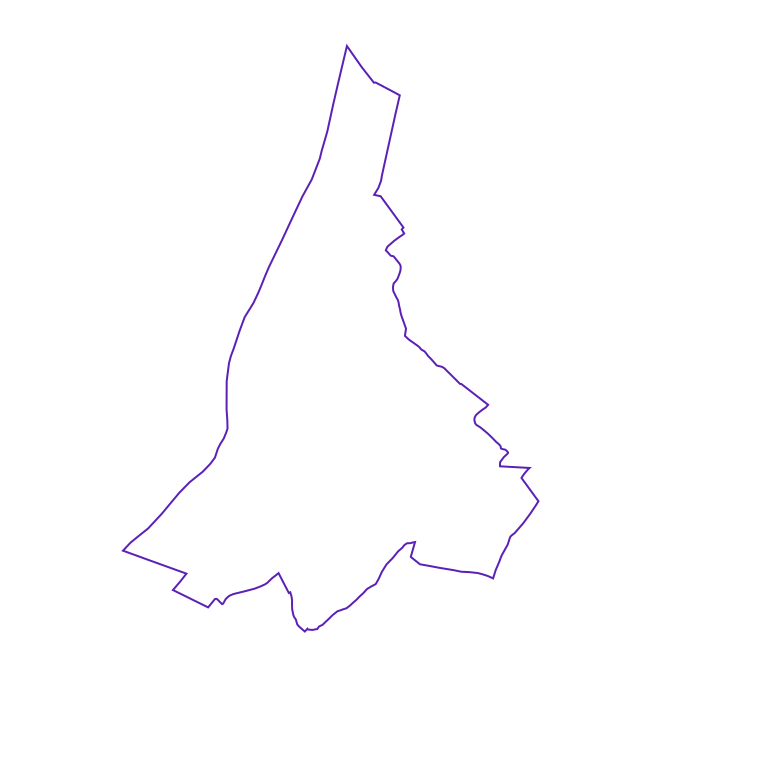 Santa Apolonia Teacalco, Tlaxcala, Mexico, rotated 208°
{"feature_id": "50627088B24187550597040", "entity_name": "Santa Apolonia Teacalco", "entity_type": "district", "adm_level": 2, "iso_a3": "MEX", "parent_name": "Mexico", "parent_adm1": "Tlaxcala", "projection": "robinson", "projection_center": [-98.317, 19.242], "detail": "fine", "context": "isolated", "style": "outline", "palette": "violet", "viewbox_px": 768, "rotation_deg": 208, "n_neighbors": 0, "source": "geoboundaries", "source_scale": "gbopen_adm2", "svg_char_len": 3238}
<svg xmlns="http://www.w3.org/2000/svg" viewBox="0 0 768 768"><g transform="rotate(208 384 384)"><path d="M575.4,665.0L565.7,627.9L564.9,624.9L559.9,606.3L552.6,580.3L548.4,560.3L546.5,552.9L543.8,530.6L544.1,511.3L542.8,485.1L541.6,462.9L540.5,433.0L540.3,431.0L539.7,423.7L538.5,413.0L537.8,404.9L537.3,394.1L538.0,383.6L538.4,377.6L536.5,363.4L533.4,345.1L532.3,336.8L530.6,329.5L524.3,312.8L511.1,287.7L505.3,278.4L501.2,271.1L500.5,266.8L499.9,260.6L500.4,254.0L500.3,248.9L499.3,242.9L498.7,239.7L499.9,231.9L502.8,221.6L509.5,206.1L513.6,192.2L516.8,177.1L519.3,165.0L524.5,145.6L529.7,133.6L533.3,125.0L536.2,114.3L509.1,118.1L469.4,123.8L471.2,113.9L473.6,103.0L434.4,104.2L432.3,114.8L431.2,115.6L430.3,115.7L423.6,113.6L422.9,114.6L422.9,116.0L422.8,119.6L422.0,122.4L421.0,124.6L418.3,127.9L410.1,135.2L402.3,142.4L397.9,147.4L395.1,151.1L393.8,153.4L392.8,156.4L391.7,159.9L390.0,163.6L388.3,167.5L369.9,154.8L369.0,156.1L366.1,153.2L363.7,150.0L362.1,146.9L360.4,143.9L359.4,142.1L355.7,137.6L354.4,136.4L352.5,135.3L351.3,134.7L347.7,131.0L345.4,130.1L341.9,129.2L337.7,128.3L336.7,131.8L336.2,131.4L331.6,133.3L328.7,135.8L327.9,136.2L327.5,139.4L325.2,142.5L323.9,146.5L322.3,151.2L320.9,155.8L318.4,161.5L316.9,163.0L314.4,165.8L311.9,168.3L310.0,172.4L308.7,176.2L307.0,180.6L305.9,184.6L304.1,189.6L302.7,195.1L300.2,199.3L297.4,203.4L297.2,209.6L297.7,217.0L297.1,225.9L294.6,234.4L293.0,242.8L291.0,247.9L290.4,251.3L288.9,254.2L285.9,255.9L284.4,257.4L282.4,259.0L279.2,244.0L278.7,243.8L267.6,241.7L260.3,244.1L248.8,247.7L235.2,252.3L227.4,254.6L220.7,257.8L212.5,261.1L207.9,262.2L202.3,263.2L196.4,263.6L198.0,272.1L198.8,281.4L199.5,286.4L199.6,289.2L199.5,294.0L199.5,296.4L199.4,298.5L199.4,300.3L200.6,307.1L200.7,308.4L200.3,310.1L198.6,313.8L195.7,326.5L193.9,338.6L192.9,348.5L192.6,353.0L218.5,365.6L218.4,367.3L218.1,370.0L217.5,372.9L217.0,375.3L216.1,378.2L242.9,365.8L243.8,367.4L244.8,369.6L244.3,372.8L243.9,375.5L243.0,378.2L242.4,379.9L242.1,381.1L242.3,381.7L243.2,382.2L244.4,382.6L245.6,382.9L246.8,382.8L248.6,382.2L249.9,382.0L250.6,382.1L251.3,383.1L252.0,383.9L254.7,384.9L257.3,385.4L259.8,386.2L263.9,387.5L269.2,389.0L272.9,389.8L278.3,390.9L283.4,391.3L285.2,392.2L287.3,394.6L288.2,396.9L288.2,399.7L287.0,403.1L284.9,407.8L283.2,410.9L282.3,414.5L315.7,420.3L316.9,419.8L335.8,425.5L337.9,426.2L339.8,426.4L340.8,426.4L346.0,425.1L353.4,427.9L358.1,429.4L363.3,431.8L367.4,432.0L370.5,433.3L382.9,434.9L388.1,436.3L390.6,443.3L391.9,444.4L392.5,445.0L399.4,451.3L400.0,451.8L401.4,453.2L401.9,453.7L403.6,455.7L404.7,457.2L407.6,460.4L409.6,463.1L411.3,464.7L412.5,465.5L413.5,466.1L419.3,470.3L419.5,470.5L420.6,472.1L421.4,473.6L421.8,474.3L422.7,477.6L422.3,478.6L421.9,480.4L421.5,483.0L421.6,484.6L422.3,489.7L422.9,492.3L424.3,495.4L425.1,496.3L425.3,496.5L425.8,496.9L426.8,497.5L434.8,501.0L435.8,501.2L437.7,500.6L438.4,500.5L439.8,501.0L442.6,502.1L445.1,502.8L445.4,505.6L445.3,507.3L442.2,515.3L439.3,521.3L438.0,523.6L436.8,526.3L440.9,528.8L440.3,531.3L475.1,548.2L481.5,546.4L481.3,549.5L481.0,554.5L482.0,562.1L483.6,566.8L484.1,568.5L500.5,627.3L505.6,646.3L532.9,646.3L534.3,645.3L552.2,653.2L575.4,665.0Z" fill="none" stroke="#5b21b6" stroke-width="2"/></g></svg>